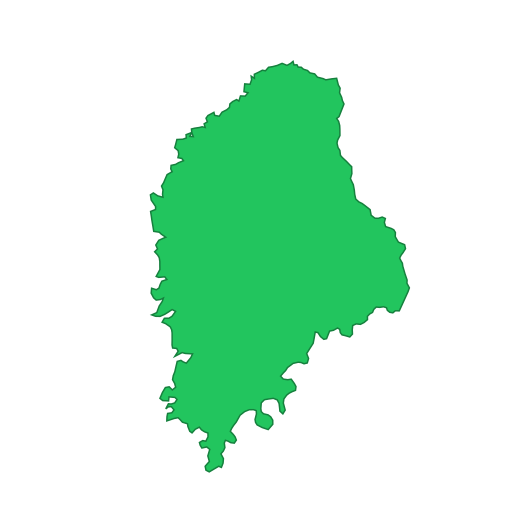 the district of Santo Antônio da Platina, Paraná, Brazil, rotated 230°
{"feature_id": "56859067B54951123385144", "entity_name": "Santo Antônio da Platina", "entity_type": "district", "adm_level": 2, "iso_a3": "BRA", "parent_name": "Brazil", "parent_adm1": "Paraná", "projection": "natural_earth1", "projection_center": [-50.102, -23.287], "detail": "fine", "context": "isolated", "style": "filled", "palette": "green", "viewbox_px": 512, "rotation_deg": 230, "n_neighbors": 0, "source": "geoboundaries", "source_scale": "gbopen_adm2", "svg_char_len": 4594}
<svg xmlns="http://www.w3.org/2000/svg" viewBox="0 0 512 512"><g transform="rotate(230 256 256)"><path d="M121.9,330.5L130.9,349.4L133.0,353.0L138.1,354.1L140.5,356.3L146.7,358.7L149.6,360.0L153.7,361.8L156.4,363.5L159.3,364.0L162.1,364.7L163.4,367.8L164.1,370.8L165.5,375.2L169.1,377.1L175.1,374.0L178.1,374.5L181.3,375.1L184.4,377.9L187.5,378.4L190.2,377.3L195.2,374.2L199.2,375.9L201.6,379.2L204.7,377.7L206.2,374.0L208.5,371.4L213.2,370.4L218.2,373.2L225.3,371.7L228.1,371.0L231.2,369.6L235.5,369.0L239.7,371.2L243.2,373.6L248.1,376.4L251.7,377.3L254.6,378.1L257.5,382.4L260.7,384.9L262.9,386.7L265.6,386.4L270.4,386.1L276.1,385.4L278.8,385.4L283.0,388.1L286.3,388.5L290.4,390.6L292.3,393.0L294.3,397.7L299.3,401.8L302.2,404.0L306.0,405.8L309.5,406.2L309.4,409.2L315.9,421.1L319.6,422.1L322.5,423.6L327.3,424.9L330.5,428.3L334.1,429.0L340.3,432.0L343.0,427.9L346.1,422.7L348.8,421.4L353.5,418.0L357.8,418.0L361.6,415.0L365.0,414.7L368.6,412.4L371.5,412.0L373.6,409.7L376.1,410.3L378.0,407.9L381.3,409.5L381.3,406.2L382.1,402.3L386.8,399.8L388.3,394.8L390.4,390.4L392.5,386.9L391.8,382.3L394.2,380.3L395.1,376.1L396.3,371.5L393.1,369.0L396.8,367.9L393.8,365.9L391.4,361.8L395.1,358.0L391.7,354.5L389.6,352.4L386.2,354.8L385.4,350.5L388.6,347.0L385.7,342.5L388.3,341.7L389.3,337.4L389.3,333.8L386.9,331.2L386.8,327.7L388.0,322.4L386.7,317.7L390.3,314.7L393.1,316.1L394.5,309.5L393.7,306.3L390.0,305.0L390.6,301.2L387.1,299.7L389.6,297.8L390.9,295.1L393.3,291.2L394.8,288.2L391.9,286.2L393.9,280.4L391.2,278.5L392.5,275.0L396.1,270.3L393.0,266.0L391.2,263.3L386.8,264.1L383.7,262.3L381.5,259.4L378.4,261.9L375.6,261.7L377.3,256.5L377.8,253.4L380.0,249.2L377.5,246.7L374.5,245.9L375.5,240.2L373.5,236.2L371.5,232.3L370.3,228.6L366.5,227.3L363.4,224.1L360.8,222.5L365.2,219.4L370.3,217.9L370.7,214.4L366.2,211.7L358.4,210.9L356.2,208.9L357.9,203.9L353.9,201.5L349.9,199.0L345.1,196.2L340.6,193.5L336.4,197.2L333.6,197.5L328.4,198.9L329.3,196.0L330.5,191.6L328.8,186.3L324.7,185.1L324.4,181.1L319.9,181.3L316.9,180.8L313.6,178.8L311.2,176.8L307.4,173.7L304.5,166.4L302.2,167.7L298.7,172.7L295.3,172.6L297.2,167.7L295.9,164.5L293.8,161.0L294.2,158.0L298.4,155.3L294.9,151.8L289.8,150.7L286.4,151.2L284.1,154.8L283.3,158.0L281.5,155.0L279.9,149.7L276.4,143.6L277.9,138.3L274.4,140.3L271.4,143.7L270.0,148.6L269.4,152.7L268.9,157.3L265.3,158.8L263.8,153.0L264.3,149.3L267.2,145.8L265.6,141.5L262.3,143.3L256.9,144.8L253.7,144.0L251.0,142.3L245.0,137.3L241.8,134.5L239.1,133.0L236.2,135.8L233.1,135.2L231.3,129.4L229.5,137.3L226.8,139.2L221.8,144.5L220.0,140.7L218.7,133.7L221.8,132.1L224.3,131.4L225.9,127.9L222.4,123.2L219.5,119.4L217.5,115.7L214.9,112.6L210.7,111.8L207.1,110.1L207.2,105.8L211.6,105.4L213.5,102.0L211.6,96.6L208.7,90.9L205.2,91.6L201.2,95.9L204.0,98.8L199.8,103.0L196.9,103.3L195.7,99.3L197.1,95.9L199.1,93.9L196.9,88.6L196.8,91.9L195.0,94.3L190.8,94.3L190.0,90.7L192.2,87.1L190.2,84.6L187.0,81.7L184.2,88.8L182.2,92.4L179.5,92.7L176.0,92.8L171.5,95.7L169.1,94.2L164.3,92.6L161.6,93.3L162.3,98.1L161.3,102.6L157.9,102.5L154.4,103.6L151.3,105.4L148.3,103.0L146.4,98.5L148.8,96.6L149.5,92.8L146.9,91.6L143.7,91.1L141.4,95.5L137.6,96.3L133.8,90.6L131.0,89.3L128.6,88.2L127.6,81.9L124.1,80.0L120.7,81.4L119.8,86.9L118.9,92.3L116.3,93.6L118.5,97.6L121.7,100.8L127.0,102.0L127.6,105.6L129.2,109.0L133.1,111.5L134.5,114.1L132.1,115.6L129.2,116.7L126.6,119.1L127.6,122.6L130.8,123.7L133.9,123.9L138.2,123.6L139.6,126.6L140.6,129.8L141.5,134.1L144.3,141.5L144.1,147.3L142.6,152.0L139.9,155.3L137.4,156.8L134.7,154.8L131.4,150.2L128.8,148.7L125.9,148.3L120.6,150.5L115.2,153.8L116.3,160.7L119.5,163.3L123.4,163.9L126.6,163.1L130.3,160.3L133.4,160.0L136.0,161.6L140.1,165.6L140.5,170.1L138.3,173.9L135.8,177.8L132.1,179.8L128.2,178.9L125.0,176.8L121.8,174.6L117.8,175.1L119.2,179.3L125.8,182.4L128.6,185.5L129.7,190.1L129.6,193.2L128.9,196.3L127.7,199.9L130.3,202.7L133.7,203.4L139.0,203.8L140.8,200.8L144.1,197.8L148.2,197.6L148.9,201.9L149.2,205.0L150.3,208.4L149.9,215.4L147.5,220.1L145.4,222.1L142.6,223.5L141.1,226.5L143.7,230.4L148.7,232.1L150.2,236.7L152.4,243.7L155.5,247.5L159.7,252.5L157.5,254.2L152.8,253.6L148.6,254.4L147.3,256.9L151.2,264.1L149.3,267.6L148.4,272.2L146.0,273.0L143.1,271.3L140.3,271.2L137.9,273.0L133.7,275.8L134.2,279.7L137.6,282.3L140.6,285.4L139.6,289.1L136.5,292.1L135.6,296.0L135.6,300.5L138.2,302.6L138.5,305.9L137.9,309.0L139.4,311.9L139.6,315.3L137.2,317.7L135.1,321.1L132.5,322.7L129.9,321.7L126.9,322.3L124.5,324.3L124.5,327.5L121.9,330.5ZM391.9,286.2L387.7,284.7L390.2,282.1L391.9,286.2Z" fill="#22c55e" stroke="#15803d" stroke-width="1.5"/></g></svg>